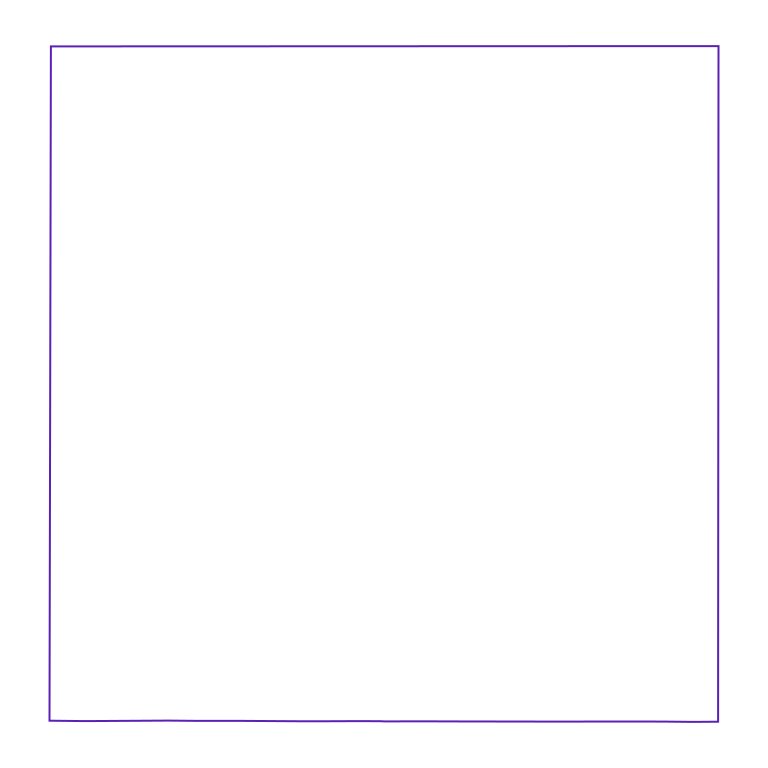 outline of Nuckolls, Nebraska, United States of America
{"feature_id": "52423323B36699675108240", "entity_name": "Nuckolls", "entity_type": "district", "adm_level": 2, "iso_a3": "USA", "parent_name": "United States of America", "parent_adm1": "Nebraska", "projection": "equal_earth", "projection_center": [-98.046, 40.176], "detail": "fine", "context": "isolated", "style": "outline", "palette": "violet", "viewbox_px": 768, "rotation_deg": 0, "n_neighbors": 0, "source": "geoboundaries", "source_scale": "gbopen_adm2", "svg_char_len": 418}
<svg xmlns="http://www.w3.org/2000/svg" viewBox="0 0 768 768"><path d="M50.9,46.4L49.5,720.7L58.1,720.8L85.0,721.1L168.5,720.6L189.5,720.8L199.9,720.9L222.7,720.9L244.6,720.9L307.2,721.3L342.1,721.2L352.9,721.1L380.5,721.2L384.3,721.4L433.1,721.3L439.4,721.4L495.5,721.5L555.2,721.6L637.3,721.5L665.1,721.6L693.3,721.9L718.1,721.7L718.5,46.1L713.6,46.1L50.9,46.4Z" fill="none" stroke="#5b21b6" stroke-width="2"/></svg>